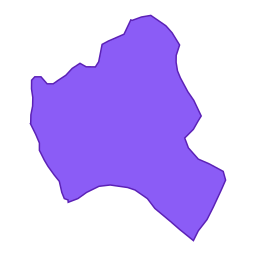 outline of Thaechon, P'yŏngan-bukto, North Korea
{"feature_id": "82179303B82011588476807", "entity_name": "Thaechon", "entity_type": "district", "adm_level": 2, "iso_a3": "PRK", "parent_name": "North Korea", "parent_adm1": "P'yŏngan-bukto", "projection": "mercator", "projection_center": [125.154, 40.185], "detail": "fine", "context": "isolated", "style": "filled", "palette": "violet", "viewbox_px": 256, "rotation_deg": 0, "n_neighbors": 0, "source": "geoboundaries", "source_scale": "gbopen_adm2", "svg_char_len": 955}
<svg xmlns="http://www.w3.org/2000/svg" viewBox="0 0 256 256"><path d="M130.8,19.9L124.0,34.2L108.4,41.0L102.1,44.4L100.4,53.1L98.7,61.7L95.4,66.9L86.1,66.8L80.0,63.3L72.2,68.4L65.8,75.3L58.0,80.4L53.2,83.8L47.1,83.8L41.0,76.8L34.8,76.8L31.6,80.2L31.5,88.8L32.8,97.5L32.6,106.1L30.9,114.8L30.7,123.4L30.4,123.6L35.7,134.3L39.4,143.0L39.4,150.4L40.7,152.9L44.4,160.3L48.1,166.5L54.3,175.1L59.3,181.3L61.8,192.4L64.3,198.6L68.0,199.9L68.2,202.3L77.9,198.6L86.6,192.4L99.0,186.3L110.2,185.0L127.6,187.5L135.0,190.0L147.4,198.6L154.9,208.5L169.8,220.9L179.7,229.5L193.4,240.6L198.3,230.8L207.0,219.6L213.2,207.3L220.7,191.2L222.1,188.1L225.6,180.1L223.2,171.4L209.5,164.0L198.3,159.1L188.4,147.9L184.7,138.0L193.4,129.3L198.3,120.7L201.2,116.0L193.8,100.4L187.8,91.7L180.4,77.9L177.5,70.9L176.1,62.3L176.2,55.4L179.6,45.0L172.1,32.8L166.0,25.9L158.4,20.6L150.8,15.4L141.4,17.0L132.1,20.4L130.8,19.9Z" fill="#8b5cf6" stroke="#5b21b6" stroke-width="1.5"/></svg>